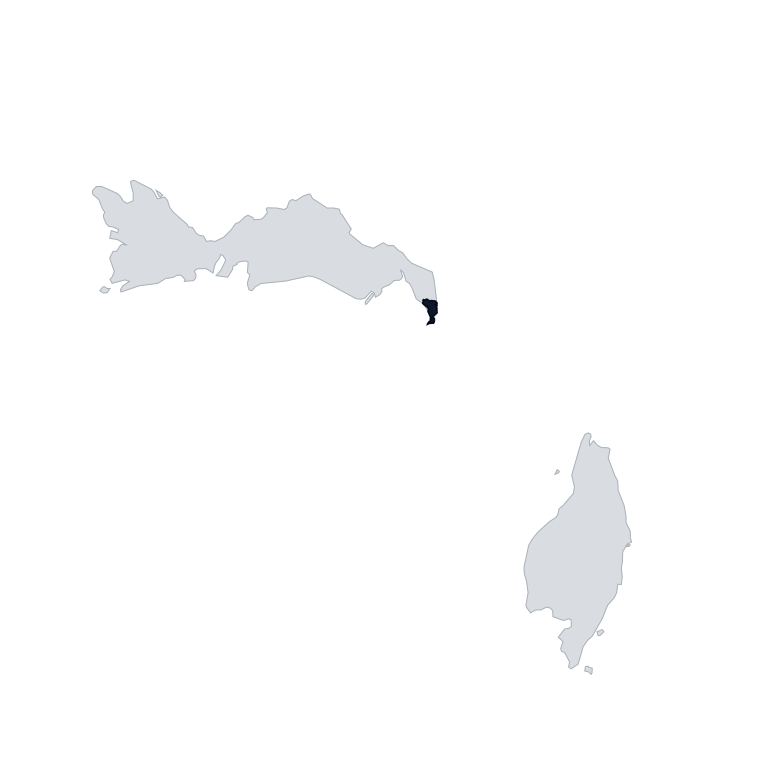 Lundu, Sarawak, Malaysia shown in context, rotated 221°
{"feature_id": "92858781B46549610571988", "entity_name": "Lundu", "entity_type": "district", "adm_level": 2, "iso_a3": "MYS", "parent_name": "Malaysia", "parent_adm1": "Sarawak", "projection": "orthographic", "projection_center": [109.809, 1.733], "detail": "fine", "context": "in_parent", "style": "filled", "palette": "ink", "viewbox_px": 768, "rotation_deg": 221, "n_neighbors": 0, "source": "geoboundaries", "source_scale": "gbopen_adm2", "svg_char_len": 6104}
<svg xmlns="http://www.w3.org/2000/svg" viewBox="0 0 768 768"><g transform="rotate(221 384 384)"><path d="M672.2,381.3L667.8,380.5L661.6,376.7L655.4,375.4L637.3,375.4L634.6,374.3L631.1,376.5L624.8,374.6L621.2,374.9L617.2,377.2L611.5,375.2L608.7,378.5L605.1,380.7L601.2,389.8L600.5,400.7L601.3,407.4L599.4,411.1L598.7,418.8L597.4,422.1L592.3,423.6L590.0,422.5L585.4,427.2L584.3,429.1L584.2,436.5L587.7,438.9L587.7,440.4L580.2,446.6L573.8,450.2L572.8,453.4L575.4,459.9L574.3,463.0L570.8,464.5L568.3,472.9L565.3,478.2L564.1,478.8L559.6,477.1L542.3,479.5L537.3,483.9L532.4,486.6L528.5,484.0L526.5,484.2L510.4,479.5L509.7,475.5L508.1,474.8L491.5,475.1L481.1,479.4L477.3,490.0L471.7,491.1L467.7,494.7L460.5,494.3L456.0,495.3L449.0,493.6L442.4,493.3L421.1,500.1L414.3,495.3L393.6,476.5L390.7,473.2L390.0,467.4L387.7,466.3L386.9,464.8L386.6,463.1L389.8,458.4L393.0,464.5L398.2,467.8L407.1,470.2L415.5,469.4L427.2,475.5L431.0,476.5L435.0,476.1L442.3,480.8L446.7,481.0L440.8,477.7L439.8,475.2L440.4,472.5L444.3,468.7L444.8,462.9L447.7,457.1L448.3,454.4L446.2,452.3L445.7,448.8L447.4,443.8L451.3,446.4L454.6,445.7L454.6,436.7L457.0,432.8L461.0,430.1L500.7,421.1L507.2,418.9L511.6,416.2L525.8,397.1L542.8,379.1L545.0,372.8L544.8,368.3L545.8,367.2L547.7,366.6L551.4,368.9L553.4,370.7L556.9,378.4L560.3,378.6L565.8,386.0L567.1,386.9L568.8,386.4L573.1,381.7L574.3,378.2L573.3,377.7L575.3,373.7L573.5,371.1L571.9,362.1L581.8,355.6L581.8,363.0L584.7,373.7L589.7,375.3L592.3,374.6L590.8,371.4L590.3,365.0L588.9,360.9L585.8,355.6L594.1,354.3L600.4,348.6L601.4,345.0L597.3,342.9L595.6,340.2L595.5,337.2L602.0,330.4L602.7,332.3L606.9,332.9L608.8,332.8L611.7,330.0L613.1,326.0L618.0,320.4L620.7,311.6L633.1,297.6L642.8,280.9L644.8,282.2L645.5,286.7L643.4,294.5L647.8,292.6L655.2,281.6L659.6,283.3L659.4,286.4L661.2,291.9L673.7,299.1L675.5,306.3L672.8,309.0L673.9,315.9L672.9,318.1L668.9,320.1L680.0,318.1L686.5,314.0L690.5,320.8L684.2,323.5L685.6,326.4L691.6,324.7L695.2,322.3L698.9,322.8L704.6,325.5L706.4,327.1L707.5,330.4L711.7,331.6L720.3,336.2L728.1,336.0L730.8,338.4L730.7,344.3L726.7,347.8L710.5,352.8L706.3,352.7L700.3,350.9L696.1,352.0L693.5,357.7L698.4,363.4L706.9,369.3L708.1,370.8L706.5,373.7L687.5,378.4L683.5,377.9L676.4,375.1L672.2,381.3ZM53.7,299.9L55.9,291.8L58.9,291.4L61.7,296.1L71.6,299.8L74.6,298.7L76.0,299.4L77.3,300.6L80.0,307.1L86.3,307.2L87.0,317.4L84.0,321.3L83.6,324.0L88.1,328.8L90.8,327.7L93.2,323.4L103.8,319.2L108.1,323.8L112.0,323.8L115.0,322.2L117.2,316.7L121.5,312.6L123.2,307.4L129.3,308.8L131.6,309.9L138.3,321.0L147.2,328.8L153.9,333.1L157.9,337.2L169.0,357.2L170.3,363.7L170.7,373.5L168.9,388.4L166.8,395.8L167.1,399.3L170.0,404.7L169.1,409.8L169.3,425.7L172.8,431.3L182.5,438.3L196.8,469.0L199.3,477.7L197.9,481.0L195.3,481.8L193.1,480.1L191.7,475.9L188.4,472.5L188.7,478.6L182.5,477.8L178.2,478.7L173.0,482.9L170.5,483.0L166.2,475.2L149.9,466.4L143.9,464.1L137.6,457.4L123.3,450.0L114.3,442.7L110.5,438.3L101.3,434.3L97.3,429.7L93.4,427.1L95.5,422.6L93.7,413.9L87.3,406.1L84.1,400.6L78.0,395.2L73.3,388.4L76.2,386.3L71.5,379.1L70.0,373.8L70.1,363.9L65.3,349.8L61.4,330.4L62.2,323.7L61.3,316.3L53.7,299.9ZM655.5,274.5L653.4,276.4L652.8,271.2L655.6,268.5L659.7,267.9L659.9,272.6L659.0,273.9L655.5,274.5ZM44.2,299.1L46.6,302.9L44.7,305.1L43.3,304.5L40.5,306.2L37.5,302.5L37.2,300.7L40.7,301.0L44.2,299.1ZM452.6,444.5L451.5,445.0L449.9,443.7L449.5,432.9L450.6,431.9L452.2,434.0L452.6,444.5ZM60.8,336.8L58.1,341.9L55.5,341.3L56.1,335.4L57.5,334.7L60.8,336.8ZM683.1,380.7L678.2,381.4L674.8,381.3L675.2,378.4L676.9,378.0L683.1,380.7ZM197.1,433.0L194.4,433.1L193.8,431.7L195.8,428.0L197.1,433.0ZM94.3,423.4L92.5,424.0L92.7,421.8L94.0,420.6L94.3,423.4Z" fill="#d9dde1" stroke="#a8b0b8" stroke-width="1"/><path d="M407.8,470.3L407.4,470.2L406.6,470.2L406.3,470.2L406.2,470.1L405.6,470.2L405.2,470.2L404.7,470.3L404.4,470.3L403.9,470.2L403.5,470.2L403.2,470.2L402.9,470.3L402.8,470.5L402.5,470.7L402.2,470.8L402.2,470.6L402.2,470.4L401.5,470.2L401.4,470.2L401.3,470.5L400.9,470.6L400.4,470.5L400.2,470.4L400.5,470.1L400.3,470.0L400.0,469.8L399.8,469.6L399.5,469.6L399.3,469.5L398.7,469.1L398.5,468.8L398.6,468.5L398.8,468.1L398.7,468.0L398.4,467.9L398.1,467.7L397.8,467.5L397.6,467.3L397.7,467.2L397.2,467.0L396.7,466.8L396.4,466.7L395.9,466.5L395.5,466.3L394.9,465.9L394.2,465.7L393.3,465.3L392.9,465.2L392.6,465.0L392.3,464.8L392.0,464.6L391.7,464.4L391.8,463.9L391.7,463.7L391.2,463.3L390.7,462.8L390.6,462.6L390.6,462.2L390.5,461.9L390.6,461.7L390.6,461.4L390.5,461.1L390.5,460.9L390.5,460.6L390.6,460.3L390.7,460.0L390.8,459.9L391.0,459.9L391.0,459.7L390.8,459.6L390.7,459.3L390.5,459.1L390.5,458.9L390.6,458.7L390.7,458.3L390.7,458.1L390.6,457.9L390.4,457.5L390.3,457.8L390.1,458.3L390.0,458.5L389.8,458.9L389.7,459.3L389.4,459.6L389.0,460.1L388.7,460.2L388.5,460.4L388.2,460.7L388.0,461.3L387.9,461.6L387.8,461.9L387.6,462.1L387.2,462.1L387.0,461.9L386.7,462.0L386.5,462.3L386.6,462.6L386.7,463.0L386.8,463.5L387.1,463.9L387.1,464.3L387.3,464.6L387.6,464.7L387.8,464.7L388.2,465.0L388.4,465.4L388.5,465.8L388.7,466.1L389.0,466.3L389.8,466.4L390.1,466.4L390.4,466.5L390.7,466.6L391.0,466.7L391.4,466.9L391.6,467.2L391.6,467.6L391.4,468.0L391.1,468.4L391.1,468.9L391.1,469.5L391.1,469.9L391.0,470.4L390.8,470.9L390.7,471.3L390.6,471.8L390.6,472.3L390.8,472.7L391.0,472.9L391.5,473.2L391.8,473.5L392.1,473.8L392.2,474.1L392.6,474.4L392.8,474.6L393.2,475.1L393.6,475.5L394.5,476.3L394.9,476.6L395.3,477.0L395.7,477.3L395.8,477.5L395.7,477.9L395.6,478.2L396.2,478.5L396.5,478.4L396.9,477.9L397.2,477.8L397.1,478.4L396.9,478.8L396.8,479.2L396.9,479.8L397.2,480.0L397.5,480.0L397.9,480.1L398.3,480.1L398.8,480.2L399.1,480.3L399.5,480.3L399.9,480.1L400.2,480.0L400.6,479.8L400.8,479.6L401.2,479.2L401.9,478.7L402.7,478.4L403.3,477.7L403.7,476.8L404.0,476.3L405.3,476.5L406.0,476.5L406.8,476.4L407.2,476.1L407.6,475.9L407.8,475.6L408.0,474.9L408.0,474.7L408.0,474.4L408.3,474.0L409.0,473.8L409.4,473.8L409.6,473.6L409.6,473.2L409.6,472.8L409.3,472.5L408.9,472.1L408.5,471.8L408.2,471.6L408.1,471.3L408.0,471.0L408.0,470.8L407.8,470.3Z" fill="#0f172a" stroke="#020617" stroke-width="1.5"/></g></svg>